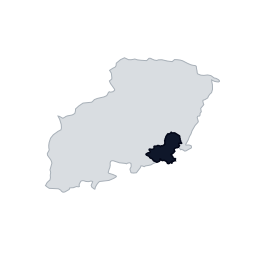 location of Liberecký within Czechia, rotated 139°
{"feature_id": "CZE-1597", "entity_name": "Liberecký", "entity_type": "Region", "adm_level": 1, "iso_a3": "CZE", "parent_name": "Czechia", "parent_adm1": "", "projection": "albers", "projection_center": [15.007, 50.741], "detail": "fine", "context": "in_parent", "style": "filled", "palette": "ink", "viewbox_px": 256, "rotation_deg": 139, "n_neighbors": 0, "source": "natural_earth", "source_scale": "10m", "svg_char_len": 5104}
<svg xmlns="http://www.w3.org/2000/svg" viewBox="0 0 256 256"><g transform="rotate(139 128 128)"><path d="M228.0,138.8L227.3,138.9L225.6,139.7L223.4,140.0L221.0,140.0L219.2,141.3L217.6,143.4L215.8,144.9L214.9,146.2L214.4,147.5L208.5,151.4L207.7,152.9L207.1,155.0L206.9,157.8L206.6,160.3L205.6,161.7L202.3,162.9L201.5,163.6L200.9,164.8L199.2,166.9L197.0,168.8L193.1,171.1L188.8,171.9L183.1,171.4L179.8,170.6L178.3,171.6L176.1,174.4L173.9,179.3L173.0,182.9L172.2,181.9L170.8,178.1L169.2,177.7L167.1,177.4L165.6,176.8L162.1,174.7L160.4,174.1L158.4,174.0L156.5,175.3L155.1,176.8L150.6,176.9L145.6,176.3L138.5,171.3L136.7,171.3L134.8,171.5L131.7,170.4L125.7,167.2L122.9,166.4L121.2,166.9L119.6,167.6L118.4,167.7L117.8,166.6L115.6,165.3L113.4,165.2L112.7,166.0L112.0,173.1L111.2,175.7L108.1,175.6L107.0,176.8L104.6,180.3L104.1,183.6L100.0,183.0L98.0,182.4L96.2,182.8L94.3,184.6L88.9,184.5L84.6,183.3L82.8,179.2L80.9,177.5L78.4,176.0L77.6,175.6L76.3,173.4L73.7,170.5L69.7,166.6L66.4,166.8L65.2,165.7L64.7,164.3L63.5,161.9L62.0,160.1L60.2,159.4L57.6,157.2L54.2,152.5L51.1,149.1L48.0,149.1L46.1,147.3L44.1,145.1L42.7,142.9L40.6,137.6L39.1,134.5L37.8,132.6L36.4,131.1L36.0,129.8L37.8,127.1L38.5,125.7L39.3,124.7L39.8,123.6L39.8,122.8L38.3,120.0L36.2,117.9L33.1,115.8L31.1,113.2L30.5,110.8L30.3,109.5L29.0,107.7L28.0,105.2L28.0,103.6L28.3,103.2L29.4,103.3L30.5,104.4L32.1,106.4L33.3,109.4L34.2,108.3L35.9,105.3L38.8,101.8L41.7,99.9L44.2,99.8L46.3,99.3L48.1,98.4L51.1,98.9L53.2,99.7L53.9,99.2L54.9,97.4L55.5,95.9L60.3,95.1L62.1,92.1L63.0,92.1L64.1,91.7L65.1,90.5L66.1,90.1L66.9,90.7L67.9,91.1L69.0,90.4L70.6,86.9L71.5,86.4L75.7,85.9L81.5,83.9L84.4,82.2L87.3,81.2L90.4,79.5L95.2,77.8L95.5,77.1L93.2,75.3L92.5,74.2L92.0,73.0L92.8,71.7L93.9,71.4L95.2,71.9L99.3,72.7L100.4,73.4L100.8,75.2L101.8,76.9L102.6,77.1L102.3,79.8L103.6,80.9L105.5,81.7L106.8,81.6L107.7,80.5L108.0,79.7L110.5,79.6L113.1,78.4L113.3,76.6L113.1,73.0L113.4,72.5L117.2,73.5L121.1,75.1L121.6,78.6L122.6,80.3L123.9,81.8L125.0,82.5L127.1,82.6L132.3,84.7L134.8,85.1L137.4,86.5L139.6,87.9L141.2,88.2L142.0,89.8L143.0,90.9L144.7,90.0L151.0,88.7L153.3,90.3L154.8,91.9L155.0,92.4L154.3,93.9L153.9,95.1L153.3,95.8L151.1,96.7L149.9,98.0L149.0,99.4L149.7,100.8L151.5,101.8L152.7,102.0L153.2,103.0L157.3,107.4L160.7,113.1L161.9,114.0L163.1,114.2L164.5,113.3L166.0,111.4L167.8,110.0L169.4,109.2L172.1,107.5L172.2,106.5L169.8,102.6L168.4,99.5L168.7,98.9L171.6,99.3L176.7,100.9L184.6,106.3L186.0,106.3L188.7,105.8L191.6,104.7L193.0,103.6L193.5,104.0L194.1,107.1L193.4,108.9L189.9,110.6L190.1,111.5L191.1,112.5L192.7,113.2L194.7,115.1L196.1,117.4L197.3,118.4L198.6,118.8L201.8,117.5L202.7,116.5L203.0,115.8L203.7,115.9L204.8,117.0L205.2,117.6L208.4,118.8L210.3,120.3L211.5,121.0L212.7,120.2L217.7,121.2L219.2,122.2L219.7,124.0L219.5,125.1L220.4,127.8L227.0,134.1L227.9,137.4L228.0,138.8Z" fill="#d9dde1" stroke="#a8b0b8" stroke-width="1"/><path d="M102.2,79.9L102.3,80.3L103.3,80.6L103.7,80.8L104.8,81.7L105.9,81.9L106.6,81.9L107.0,81.8L107.3,81.5L107.6,80.9L108.0,79.7L108.7,79.7L109.7,79.4L113.0,79.7L113.1,79.3L113.1,77.7L113.0,77.4L113.0,77.1L113.4,76.6L113.5,76.4L113.5,75.1L113.0,74.4L112.5,74.1L112.4,73.5L112.6,73.4L112.9,73.2L113.0,73.1L113.5,72.8L113.6,72.6L113.7,72.3L114.2,72.8L115.7,73.1L115.9,73.5L116.3,73.9L116.7,74.1L117.0,74.0L117.1,73.5L117.4,72.9L117.7,72.7L118.1,72.8L118.2,73.5L118.5,74.2L120.1,74.2L120.9,74.6L121.4,75.4L121.3,75.8L121.1,76.3L120.9,77.1L121.0,77.8L121.3,78.6L121.6,79.4L121.9,79.9L122.5,80.3L123.0,80.6L123.5,80.9L123.8,81.8L123.8,82.2L123.8,82.7L123.7,83.1L123.9,83.5L124.3,83.6L124.7,83.3L124.9,82.8L125.2,82.5L126.4,82.4L128.7,83.2L129.2,84.5L130.2,86.4L130.2,86.8L130.2,87.1L130.1,87.3L130.0,87.7L130.0,88.1L130.0,89.0L130.1,89.4L130.2,89.7L130.6,90.2L130.7,90.4L130.8,90.7L130.9,91.0L130.9,91.5L130.7,92.5L130.7,92.9L131.7,95.2L131.8,95.4L131.8,95.7L131.8,96.0L131.7,96.3L131.3,96.5L129.0,96.1L128.7,95.9L128.1,95.2L127.9,95.1L127.6,95.1L126.8,95.4L126.7,95.5L126.6,95.8L126.5,97.2L126.4,97.5L126.3,97.8L126.1,97.9L125.9,98.0L125.7,98.0L125.5,97.9L125.1,97.5L124.2,96.4L123.6,95.9L122.3,95.4L122.0,95.4L121.7,95.5L120.5,97.0L120.3,97.0L120.1,97.0L119.9,96.9L118.3,95.5L117.8,95.4L117.7,95.4L117.5,95.5L117.4,95.5L116.3,94.6L116.0,94.0L115.8,92.7L115.0,92.9L114.8,92.8L114.6,92.8L114.4,92.6L113.9,91.9L113.7,91.8L112.9,91.8L112.6,91.7L112.3,91.5L112.1,91.5L111.9,91.5L111.6,91.7L111.4,91.7L111.1,91.5L110.9,91.5L110.7,91.7L110.3,92.3L110.1,92.5L109.5,93.0L109.4,93.2L109.2,93.4L108.9,94.0L108.7,94.3L108.5,94.5L108.0,94.7L107.8,94.9L107.4,95.2L107.2,95.4L106.1,95.9L104.9,96.7L102.3,97.4L101.8,97.4L101.5,97.4L101.4,97.3L101.4,97.2L101.3,96.8L101.3,96.7L101.2,96.6L101.0,96.4L100.8,96.4L100.4,96.4L99.8,96.3L98.5,96.3L98.2,96.4L98.0,95.4L95.9,93.6L94.3,88.4L94.3,88.2L94.4,87.8L94.6,87.6L95.0,87.4L95.5,86.0L95.6,85.8L96.3,85.2L96.4,84.9L96.4,84.4L96.5,84.2L96.7,83.8L97.1,83.4L97.4,81.5L97.5,81.3L97.9,81.4L99.4,83.0L99.7,83.0L99.9,83.0L100.1,82.8L100.3,82.6L100.5,82.3L100.5,81.9L100.6,81.2L100.8,80.8L101.8,80.7L102.0,80.5L102.1,80.3L102.2,80.1L102.2,79.9Z" fill="#0f172a" stroke="#020617" stroke-width="1.5"/></g></svg>